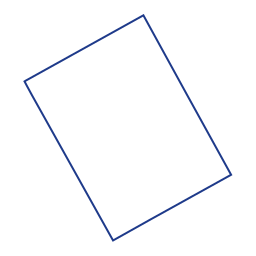 Steele, Minnesota, United States of America, rotated 151°
{"feature_id": "52423323B73087717945589", "entity_name": "Steele", "entity_type": "district", "adm_level": 2, "iso_a3": "USA", "parent_name": "United States of America", "parent_adm1": "Minnesota", "projection": "orthographic", "projection_center": [-93.185, 44.022], "detail": "fine", "context": "isolated", "style": "outline", "palette": "blue", "viewbox_px": 256, "rotation_deg": 151, "n_neighbors": 0, "source": "geoboundaries", "source_scale": "gbopen_adm2", "svg_char_len": 314}
<svg xmlns="http://www.w3.org/2000/svg" viewBox="0 0 256 256"><g transform="rotate(151 128 128)"><path d="M195.9,218.9L196.0,214.0L196.1,203.5L196.0,173.4L195.6,36.9L152.0,37.1L105.5,37.1L60.5,37.1L60.3,128.3L60.1,173.6L59.9,219.1L194.5,219.0L195.9,218.9Z" fill="none" stroke="#1e3a8a" stroke-width="2"/></g></svg>